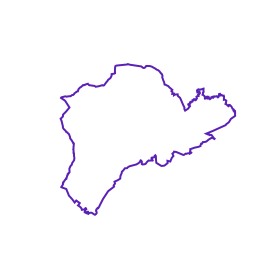 the district of Holod, Bihor, Romania, rotated 315°
{"feature_id": "2599482B12126878753034", "entity_name": "Holod", "entity_type": "district", "adm_level": 2, "iso_a3": "ROU", "parent_name": "Romania", "parent_adm1": "Bihor", "projection": "robinson", "projection_center": [22.119, 46.796], "detail": "fine", "context": "isolated", "style": "outline", "palette": "violet", "viewbox_px": 256, "rotation_deg": 315, "n_neighbors": 0, "source": "geoboundaries", "source_scale": "gbopen_adm2", "svg_char_len": 5862}
<svg xmlns="http://www.w3.org/2000/svg" viewBox="0 0 256 256"><g transform="rotate(315 128 128)"><path d="M50.0,163.6L50.2,163.1L51.4,163.4L52.2,163.2L53.1,162.8L60.2,160.5L69.0,158.7L69.8,158.7L76.7,159.6L77.2,158.5L78.5,158.2L79.5,158.2L80.5,156.4L83.9,157.7L86.7,158.3L88.7,156.6L91.7,155.4L92.7,154.6L93.8,154.6L94.1,154.7L97.3,154.3L98.9,155.7L100.6,155.7L102.1,156.2L108.2,159.7L109.2,160.0L110.6,160.3L112.1,160.4L114.0,159.8L114.3,160.5L113.8,161.9L113.2,162.2L112.7,162.8L112.7,163.2L112.3,163.4L112.6,164.2L113.9,165.2L115.1,165.8L117.8,165.4L119.7,165.6L120.2,166.4L121.2,167.1L122.2,168.3L122.5,168.4L123.0,167.1L122.9,166.5L123.2,166.0L123.4,165.8L124.2,165.9L124.5,166.2L125.0,166.8L125.5,167.1L126.2,167.1L127.0,166.6L128.0,166.6L127.9,167.4L127.6,167.8L124.8,170.9L123.4,172.7L124.7,178.2L125.2,178.8L126.0,179.5L127.3,180.4L131.2,180.8L132.7,179.1L134.2,181.6L137.8,180.1L140.3,179.9L140.3,179.6L140.8,178.8L141.2,177.7L141.3,177.5L142.9,177.7L143.3,177.6L143.8,177.3L144.7,178.4L145.2,179.2L148.1,186.2L148.7,186.6L150.6,186.9L151.0,187.5L151.9,187.9L153.1,188.8L153.5,189.3L153.4,189.8L154.2,190.0L154.5,189.8L154.9,190.2L155.3,190.2L155.3,189.9L154.7,189.1L154.8,188.9L154.9,188.7L155.8,188.3L156.1,187.9L156.8,187.5L157.0,187.0L161.2,189.0L164.4,191.1L166.5,192.0L167.1,191.5L168.6,190.8L169.1,191.4L169.6,191.4L170.3,191.0L171.1,190.9L171.3,191.2L172.5,192.3L174.0,193.0L176.7,193.2L179.6,193.9L180.5,194.4L180.8,194.9L181.3,196.8L181.6,196.8L181.5,195.9L182.1,192.1L181.8,191.7L181.0,190.7L180.7,190.6L180.9,190.2L180.7,189.8L180.0,189.1L179.3,187.3L185.5,189.9L199.0,195.0L200.5,194.8L201.9,195.1L203.7,195.2L207.2,194.3L212.3,195.2L213.1,194.3L214.0,193.5L214.6,192.3L214.7,191.5L215.2,192.2L215.7,191.6L215.7,189.9L215.8,189.2L215.5,188.3L216.3,186.0L216.3,183.8L215.7,183.0L215.0,183.0L214.9,183.7L214.4,183.6L214.3,180.8L213.9,180.0L214.4,179.6L214.9,179.6L216.8,178.2L216.6,176.9L216.2,176.0L215.8,175.8L218.2,173.6L218.1,173.2L218.5,172.8L217.8,172.1L217.7,171.2L217.2,170.2L216.8,169.9L216.4,170.4L216.2,170.2L216.6,169.2L217.1,168.8L216.9,168.6L216.4,168.4L214.8,169.7L214.1,170.0L213.4,170.0L213.1,169.7L213.5,168.8L213.3,168.3L212.4,167.8L211.6,166.9L209.7,166.8L209.6,166.1L210.0,165.8L209.8,165.7L209.0,165.9L208.7,165.2L207.4,165.7L206.3,165.5L206.3,164.7L206.7,163.7L205.7,163.9L205.3,163.8L204.9,163.1L206.4,162.1L206.2,161.8L205.5,161.5L204.2,162.0L203.8,162.0L203.2,161.7L203.4,161.2L204.2,160.6L204.6,159.8L204.5,157.8L204.2,157.2L205.3,156.7L206.1,155.9L207.0,156.0L208.4,154.1L209.1,153.9L209.3,153.6L206.9,152.4L205.3,151.0L205.2,150.5L204.9,150.4L204.4,150.5L204.2,150.2L203.5,150.2L203.0,150.5L202.9,150.9L202.3,151.8L204.2,152.9L203.6,154.1L203.2,154.0L202.9,154.3L202.4,154.5L202.1,154.5L201.9,154.1L201.7,153.9L201.2,153.9L201.0,154.2L201.0,154.5L200.5,155.3L200.3,155.2L199.6,154.5L198.6,154.3L198.5,154.6L197.8,155.2L197.8,155.7L197.6,155.9L196.4,155.9L195.8,156.2L195.5,156.1L195.6,155.5L195.4,155.1L195.5,154.8L195.0,154.2L194.7,154.2L194.3,154.8L194.0,154.9L193.8,154.7L193.7,154.2L193.3,154.0L193.1,154.4L192.1,154.9L191.6,154.5L191.2,154.0L190.7,153.8L190.4,154.4L190.1,154.5L189.6,154.0L188.6,154.8L188.6,154.5L188.2,154.1L187.5,153.8L187.1,154.1L187.1,154.8L186.9,155.2L186.9,155.5L187.2,155.9L187.2,156.4L184.0,156.8L180.7,156.1L180.9,155.4L181.3,154.4L182.4,153.4L183.4,150.4L185.7,144.7L186.1,143.6L186.1,142.6L185.9,141.0L186.0,140.6L186.9,139.3L184.9,137.6L183.7,137.3L184.8,136.3L183.4,135.2L184.9,134.1L184.8,132.6L186.3,132.4L186.0,128.4L186.1,126.9L184.9,123.4L184.6,123.1L186.1,120.8L186.5,119.5L187.6,117.4L187.8,116.7L188.0,116.4L189.2,115.6L189.3,115.2L189.9,114.4L190.1,113.6L190.1,113.0L189.9,112.8L190.3,110.4L190.3,109.2L190.1,108.2L189.6,107.2L189.2,104.8L188.6,103.0L188.3,101.6L187.5,100.1L186.8,99.1L186.6,99.0L185.5,97.7L184.7,97.0L184.1,97.2L182.7,97.2L181.9,97.0L181.3,96.4L181.2,96.0L180.9,93.8L173.8,84.2L173.1,82.7L172.5,82.6L171.7,82.0L165.1,76.6L164.1,75.8L163.0,75.3L161.5,76.2L158.9,78.6L157.6,80.1L156.7,79.8L154.5,78.3L153.6,79.3L151.3,80.2L150.1,80.2L148.3,79.9L146.8,80.1L146.5,80.3L145.1,80.3L141.3,80.9L140.4,80.4L140.4,80.0L140.2,79.6L136.5,77.6L135.5,76.8L134.3,76.0L134.2,75.0L134.0,74.5L130.8,70.2L130.9,69.7L130.7,68.5L130.8,68.3L129.0,67.3L128.6,67.3L127.2,66.6L127.3,66.4L126.5,65.9L123.7,65.8L123.1,65.5L120.7,65.5L119.5,66.0L119.1,66.4L118.5,66.6L118.4,66.4L117.2,65.9L116.7,66.0L115.1,65.7L114.4,65.6L113.9,65.9L112.7,65.9L111.9,65.2L109.8,64.9L109.2,64.2L106.6,62.3L106.5,62.0L106.3,61.6L105.2,60.7L103.9,60.1L103.2,59.5L102.2,59.2L101.9,59.3L102.8,64.2L101.1,72.1L95.8,72.6L91.5,72.6L90.3,73.7L89.8,73.9L86.9,73.8L86.2,75.7L85.3,77.2L83.0,81.0L82.4,81.5L82.1,82.0L81.8,83.5L81.9,84.9L81.8,86.4L81.5,86.9L81.8,88.0L82.0,88.3L81.8,89.1L81.9,90.6L80.6,93.5L79.8,94.4L79.4,97.1L78.8,99.4L78.9,99.7L78.5,100.1L78.7,100.4L78.7,100.7L77.7,101.6L75.7,103.2L75.1,103.9L74.1,104.5L74.1,104.8L72.3,106.8L71.8,107.1L71.9,107.7L70.3,109.3L68.8,111.4L67.0,112.7L63.8,113.3L62.2,114.2L60.3,114.3L57.8,115.3L55.4,117.9L54.7,118.1L54.1,117.8L53.2,117.9L53.3,118.2L53.2,118.3L52.9,118.2L52.4,118.4L51.8,118.7L51.4,118.6L50.8,119.1L49.4,119.7L49.1,120.0L48.7,119.8L48.3,119.9L48.1,120.3L47.6,120.1L44.9,120.5L43.9,120.9L43.6,120.6L42.8,121.1L42.3,121.8L41.4,122.1L39.0,122.6L39.0,122.8L39.4,123.1L39.4,123.6L41.2,127.5L38.4,134.1L38.2,138.8L37.6,143.0L40.1,142.7L40.8,147.0L39.3,147.3L37.9,147.4L38.2,148.7L38.4,150.9L38.1,152.3L37.5,153.2L38.5,154.0L40.1,154.9L41.0,154.6L41.4,154.7L41.4,155.3L41.1,155.9L40.3,155.6L39.1,156.2L39.2,156.4L39.1,156.7L37.9,156.8L37.9,157.4L38.5,159.0L39.9,158.6L40.5,158.9L40.4,159.4L40.3,159.6L39.4,160.2L39.1,160.3L39.2,160.7L40.1,160.7L40.6,160.8L41.7,161.5L42.0,161.8L42.5,162.5L42.9,164.8L43.3,166.0L44.8,166.2L45.8,165.9L46.7,164.7L46.7,164.0L48.1,163.2L49.0,163.2L50.0,163.6Z" fill="none" stroke="#5b21b6" stroke-width="2"/></g></svg>